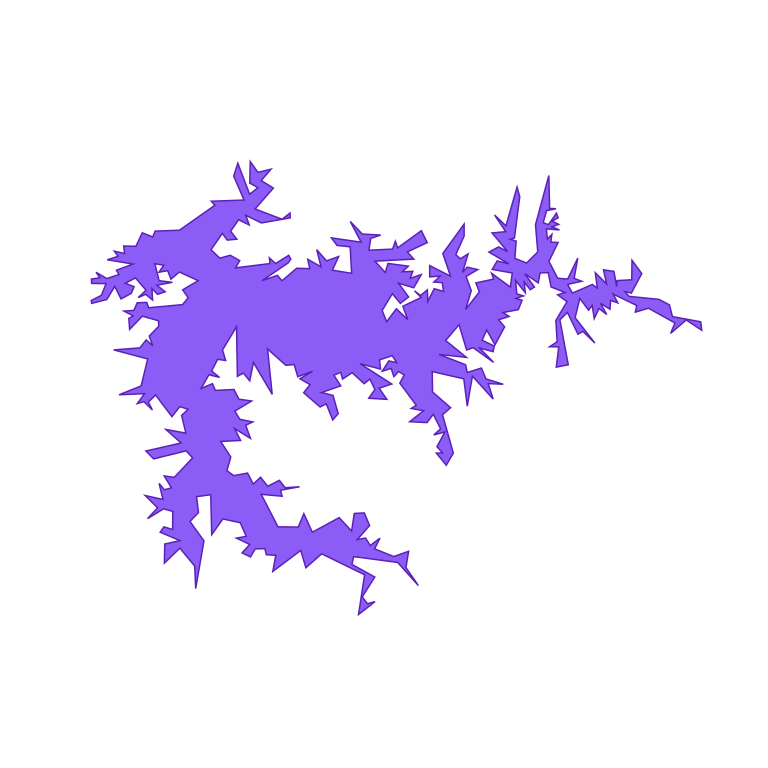 Wadung Kedungombo, Jawa Tengah, Indonesia, rotated 279°
{"feature_id": "22746128B86942252851890", "entity_name": "Wadung Kedungombo", "entity_type": "district", "adm_level": 2, "iso_a3": "IDN", "parent_name": "Indonesia", "parent_adm1": "Jawa Tengah", "projection": "equal_earth", "projection_center": [110.819, -7.295], "detail": "fine", "context": "isolated", "style": "filled", "palette": "violet", "viewbox_px": 768, "rotation_deg": 279, "n_neighbors": 0, "source": "geoboundaries", "source_scale": "gbopen_adm2", "svg_char_len": 6147}
<svg xmlns="http://www.w3.org/2000/svg" viewBox="0 0 768 768"><g transform="rotate(279 384 384)"><path d="M309.4,260.6L321.6,253.9L326.0,260.3L326.6,247.1L333.9,240.9L346.5,255.9L346.3,243.1L355.1,236.7L351.3,218.4L357.5,214.5L351.0,204.1L365.7,209.6L364.8,220.5L369.9,211.7L382.3,215.8L382.5,223.9L392.4,219.2L417.4,229.4L368.6,238.0L372.8,243.4L366.1,250.9L384.8,251.7L356.3,275.2L400.4,263.5L387.1,284.1L389.2,292.2L377.7,297.7L385.5,311.5L376.0,300.1L371.8,311.1L362.8,306.0L351.3,324.5L355.4,330.0L340.5,339.0L347.6,343.4L364.8,335.4L365.8,323.6L375.4,341.6L384.8,333.1L388.7,339.4L382.4,342.3L390.2,350.8L381.2,364.3L386.6,369.3L377.2,375.9L367.5,371.2L369.3,389.2L379.1,379.9L385.2,391.7L400.3,357.2L398.2,378.3L407.1,375.8L413.3,387.7L407.0,393.2L407.6,385.2L396.3,380.2L400.5,388.6L392.8,392.6L398.6,396.5L396.1,402.6L387.3,399.5L368.0,419.2L364.1,414.7L363.8,427.3L350.8,415.3L352.6,432.5L361.8,437.4L348.6,446.9L341.5,441.2L346.1,451.6L330.4,446.1L325.1,452.6L323.9,446.5L313.5,458.2L326.6,463.3L362.8,446.6L371.0,453.5L383.7,433.2L403.8,429.7L401.6,462.0L375.1,469.7L405.6,470.1L386.2,494.2L400.7,486.9L402.4,501.8L405.0,483.9L415.0,477.7L408.4,464.4L415.8,461.6L421.8,433.6L423.2,461.2L436.6,438.1L454.3,448.8L430.5,460.3L433.8,466.4L422.5,488.9L434.5,472.7L433.0,486.7L438.7,487.0L442.6,474.1L453.4,477.0L440.1,487.5L459.3,494.2L465.4,487.2L470.3,497.0L473.2,490.3L478.4,505.0L488.3,507.3L489.2,500.9L492.8,508.0L493.8,501.1L506.8,497.8L496.3,509.3L506.7,506.5L500.0,513.7L503.3,517.5L515.0,505.7L508.0,520.5L518.1,520.8L519.7,528.8L506.0,533.8L502.7,548.4L499.2,541.6L494.0,551.9L473.6,543.8L452.8,548.4L446.7,541.7L448.0,550.8L427.6,551.5L431.8,563.0L474.9,547.7L483.4,554.0L463.5,567.8L467.1,572.2L457.4,585.9L479.4,562.4L499.2,564.0L488.9,574.5L494.1,577.4L481.5,581.4L492.2,584.5L487.5,593.1L497.6,585.1L493.2,595.5L502.0,594.8L500.7,602.3L508.7,596.2L501.1,621.3L494.3,621.0L500.2,633.4L489.8,661.8L478.9,659.2L494.5,672.5L486.8,689.4L495.0,687.1L495.7,658.3L506.8,653.6L510.6,642.4L508.9,612.3L512.9,607.5L512.5,614.1L533.4,621.3L545.0,609.6L525.7,612.4L522.6,598.1L516.7,598.5L531.2,593.5L531.1,582.9L517.7,588.2L526.9,575.3L512.1,579.7L514.9,574.2L503.2,555.8L511.1,549.9L516.4,563.2L518.1,555.3L538.7,555.7L516.4,549.0L515.6,539.0L531.0,527.7L551.0,533.8L550.2,526.5L558.0,526.4L552.7,522.6L562.6,520.2L563.6,533.2L565.5,525.3L569.0,531.6L571.2,524.6L575.4,530.0L579.7,527.6L567.1,521.5L568.3,516.0L580.7,517.5L584.0,526.5L583.4,520.1L615.7,514.2L565.0,508.7L538.5,515.2L525.8,505.9L528.6,493.6L545.8,492.2L546.7,485.9L548.6,490.0L590.2,488.8L599.3,484.6L559.3,479.7L568.2,466.8L553.5,480.4L550.1,467.1L534.1,485.4L537.3,475.7L530.7,467.0L522.2,488.5L523.3,476.5L514.1,473.0L513.7,493.3L499.5,493.7L510.2,472.9L504.8,475.9L498.2,458.9L489.9,463.8L470.4,453.0L489.8,455.6L503.0,448.2L511.7,458.7L512.4,447.8L506.6,444.1L525.6,446.7L519.6,439.8L523.0,434.7L542.8,440.0L554.5,438.1L522.1,421.7L500.9,432.8L508.1,410.6L496.9,412.4L499.4,422.6L492.5,417.3L493.2,425.7L484.8,428.3L486.0,418.7L472.5,414.3L483.8,412.1L477.1,406.3L480.8,399.6L475.3,407.2L463.7,390.5L451.3,397.4L460.2,384.4L445.9,376.9L456.3,370.7L474.5,378.1L466.2,387.5L473.8,394.7L485.8,382.6L483.7,398.3L497.9,403.7L492.5,393.3L499.8,394.9L497.7,384.5L504.2,389.6L503.7,369.1L494.3,367.8L503.9,355.9L512.0,393.9L518.1,386.4L530.4,404.6L541.3,396.9L520.6,376.2L526.8,372.9L518.6,371.4L513.8,348.2L525.7,348.1L530.6,357.4L528.7,339.1L539.2,325.3L520.5,339.2L520.1,309.2L513.5,316.0L514.2,329.1L488.3,334.7L488.3,315.2L502.8,319.3L496.6,308.0L506.2,296.5L489.9,303.5L495.2,289.2L486.3,292.6L484.7,279.7L470.0,267.1L474.6,261.7L466.9,247.3L488.8,270.6L492.8,272.4L496.2,269.8L486.0,258.1L490.6,251.1L485.1,252.5L475.5,219.2L483.3,222.2L487.1,212.0L482.6,202.2L489.6,192.1L507.4,200.8L501.6,206.7L504.0,216.0L510.9,208.6L523.5,214.7L520.0,226.0L529.0,221.1L523.9,237.7L533.4,265.4L538.2,264.4L530.8,257.6L536.7,229.3L560.2,244.1L565.7,230.9L578.5,238.8L573.3,226.4L582.8,217.1L561.4,220.0L558.2,228.8L550.4,221.6L579.2,205.1L565.8,203.0L543.8,217.0L537.5,184.8L534.1,189.0L503.9,157.9L499.2,134.0L493.1,132.6L495.5,121.6L481.2,117.4L479.6,105.3L472.3,107.3L473.0,96.9L468.5,101.4L463.4,91.2L463.2,117.3L454.5,101.9L450.6,105.1L444.8,93.7L449.3,82.1L444.5,86.8L441.9,78.6L437.6,79.5L439.7,93.8L427.4,91.0L420.6,81.7L417.9,82.7L424.1,97.0L438.2,102.8L426.9,111.0L434.0,120.2L441.0,122.0L443.0,112.8L449.9,121.9L439.4,134.3L430.9,127.7L435.3,134.6L430.7,142.3L442.1,139.8L437.1,146.3L440.9,153.5L446.0,144.2L451.3,159.1L450.9,145.7L466.9,138.9L466.9,147.8L459.2,144.3L462.1,152.6L454.2,157.2L462.6,164.3L457.0,184.3L445.5,170.4L438.6,177.1L430.9,172.6L422.5,139.6L427.5,136.9L425.6,127.5L417.6,125.5L415.3,115.8L412.1,125.6L408.9,121.7L398.1,124.2L413.2,134.7L411.2,151.3L405.9,152.5L394.6,144.6L385.6,149.6L390.3,142.2L381.5,137.2L375.4,111.7L371.8,146.7L344.1,144.4L331.9,124.0L337.0,149.0L326.1,143.4L329.0,149.6L322.1,159.3L329.2,154.1L337.4,160.1L318.6,179.6L329.7,185.9L328.4,194.5L321.3,189.0L304.5,196.0L305.0,175.7L294.0,192.8L280.6,159.3L274.0,168.2L287.0,199.0L281.1,206.5L259.0,191.5L258.8,181.3L248.2,190.3L245.2,183.7L250.6,177.4L235.4,183.8L236.5,165.6L226.3,179.7L214.0,171.5L226.2,185.8L225.1,195.3L207.2,198.0L208.5,189.0L202.6,186.1L197.4,207.0L191.7,192.5L172.7,195.1L189.9,208.1L174.6,225.5L152.5,230.0L200.9,230.7L217.9,213.9L228.0,220.9L243.4,216.5L247.5,230.2L208.3,237.4L225.5,246.0L224.5,263.7L212.0,271.8L208.7,262.4L204.5,276.5L195.0,270.2L192.3,279.2L200.9,282.5L202.8,292.1L197.0,294.4L197.8,303.9L181.5,303.5L206.6,327.8L190.3,335.6L206.5,349.0L192.5,394.7L152.3,394.9L167.7,409.2L164.4,402.1L170.3,395.8L191.9,405.1L200.8,380.6L208.7,381.0L209.9,425.4L190.3,449.5L206.1,434.4L222.6,434.5L215.1,420.6L219.7,400.5L231.1,404.1L222.3,395.7L229.0,389.8L226.1,381.9L241.9,391.9L253.6,384.7L251.5,374.9L233.7,375.0L245.0,360.6L226.4,336.4L243.4,325.1L229.3,321.7L226.4,301.6L255.8,280.0L257.2,300.9L262.9,298.4L269.3,316.7L266.1,302.6L272.5,295.7L264.8,285.1L272.6,276.7L264.7,270.5L274.7,263.2L270.0,250.0L273.8,242.4L287.9,244.1L301.7,231.7L305.8,251.2L316.6,243.4L309.4,260.6Z" fill="#8b5cf6" stroke="#5b21b6" stroke-width="1.5"/></g></svg>